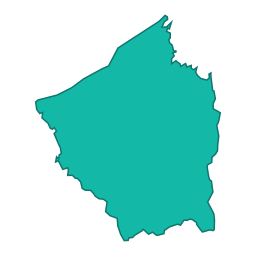 the district of Aguada, Puerto Rico
{"feature_id": "32010507B12204404308150", "entity_name": "Aguada", "entity_type": "district", "adm_level": 2, "iso_a3": "PRI", "parent_name": "Puerto Rico", "parent_adm1": "", "projection": "equal_earth", "projection_center": [-67.173, 18.364], "detail": "fine", "context": "isolated", "style": "filled", "palette": "teal", "viewbox_px": 256, "rotation_deg": 0, "n_neighbors": 0, "source": "geoboundaries", "source_scale": "gbopen_adm2", "svg_char_len": 1853}
<svg xmlns="http://www.w3.org/2000/svg" viewBox="0 0 256 256"><path d="M165.1,15.4L164.1,16.4L159.0,21.4L136.9,35.8L136.1,36.2L117.9,48.1L113.7,56.2L108.6,65.9L106.4,66.9L102.3,68.7L102.0,68.9L93.8,73.3L83.8,78.8L77.8,83.2L77.6,83.4L71.7,87.7L60.7,93.3L57.0,95.1L38.0,100.0L36.0,101.7L35.7,101.9L36.7,109.4L39.7,113.5L42.7,112.5L42.0,117.9L48.0,123.2L50.4,128.4L52.5,129.2L54.2,127.6L56.5,131.0L54.1,133.6L59.7,146.7L60.3,147.2L61.3,153.6L59.2,154.9L58.7,158.7L56.6,156.8L55.6,162.0L58.4,160.8L62.8,169.4L67.7,167.8L68.4,169.8L67.7,175.4L72.4,175.3L75.4,178.3L77.4,178.4L80.7,182.0L82.2,188.4L85.2,190.2L90.7,190.4L93.9,193.9L95.1,196.0L98.9,198.7L103.3,199.2L107.1,201.9L105.6,211.6L110.1,215.7L117.2,218.3L117.8,225.9L120.7,234.4L124.2,240.6L128.2,240.4L128.9,237.8L132.6,237.5L134.6,235.3L142.3,230.6L142.9,229.3L143.4,229.4L148.6,234.2L152.6,232.2L156.3,235.1L157.4,235.3L163.9,233.7L164.4,230.5L169.5,226.9L177.5,224.2L180.5,225.2L183.9,220.2L187.6,220.3L189.1,219.2L192.0,219.4L196.4,222.4L196.8,224.6L200.3,229.4L202.4,232.0L209.8,229.9L213.1,230.6L214.2,229.6L214.5,220.3L213.8,213.8L207.7,202.0L212.9,192.1L211.4,180.9L209.5,179.7L208.6,176.2L207.1,166.9L207.7,164.7L211.7,162.4L212.0,157.3L215.5,154.1L217.5,150.8L217.7,144.5L218.8,136.1L216.7,125.2L217.7,123.8L218.7,121.1L220.3,112.8L213.3,108.8L213.1,103.8L215.4,98.8L213.9,90.9L212.7,90.6L210.9,76.4L210.9,72.9L209.0,74.1L209.3,77.9L206.8,80.1L200.6,78.4L197.3,75.2L195.7,72.2L196.9,67.4L193.7,69.7L191.3,68.3L191.2,65.4L186.9,67.0L185.6,63.5L180.7,66.4L180.0,63.9L177.2,61.9L175.9,60.7L171.6,63.8L171.6,58.8L174.2,55.9L172.6,53.0L175.9,52.0L176.0,51.1L173.5,50.6L172.2,45.2L169.6,42.7L168.8,39.7L170.3,37.9L170.3,33.1L166.6,31.4L167.6,28.1L169.4,29.0L171.4,22.3L166.4,27.0L161.9,27.2L164.4,21.7L167.6,19.5L167.3,16.8L165.1,15.4Z" fill="#14b8a6" stroke="#0f766e" stroke-width="1.5"/></svg>